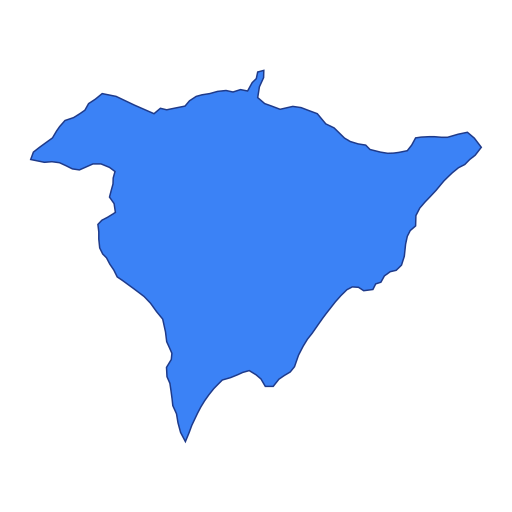 Rio das Ostras, Rio de Janeiro, Brazil
{"feature_id": "56859067B39929530851792", "entity_name": "Rio das Ostras", "entity_type": "district", "adm_level": 2, "iso_a3": "BRA", "parent_name": "Brazil", "parent_adm1": "Rio de Janeiro", "projection": "mercator", "projection_center": [-41.947, -22.471], "detail": "fine", "context": "isolated", "style": "filled", "palette": "blue", "viewbox_px": 512, "rotation_deg": 0, "n_neighbors": 0, "source": "geoboundaries", "source_scale": "gbopen_adm2", "svg_char_len": 2237}
<svg xmlns="http://www.w3.org/2000/svg" viewBox="0 0 512 512"><path d="M185.4,441.6L189.2,432.4L191.8,425.3L194.8,419.0L197.6,413.1L200.8,407.0L204.6,400.8L209.0,394.6L213.8,388.6L218.1,384.2L222.3,380.0L230.6,377.6L237.5,374.8L242.8,372.4L249.2,370.6L256.1,374.8L261.0,379.0L265.3,386.4L273.2,386.4L278.9,379.2L284.3,375.5L290.2,372.0L294.5,366.7L298.5,355.2L303.2,346.1L307.5,339.1L312.2,333.2L318.1,324.7L322.9,317.9L326.2,313.5L330.6,307.9L335.3,301.9L340.8,295.7L346.9,289.7L352.3,286.9L358.5,287.3L363.7,290.7L372.9,289.5L375.7,283.9L380.9,282.2L384.4,275.9L390.2,271.7L396.2,270.3L401.5,265.1L404.3,256.3L405.6,244.1L407.3,236.3L410.2,230.6L415.6,225.9L415.9,215.6L419.8,208.0L425.2,201.8L430.4,196.4L436.2,190.2L440.3,185.2L444.2,180.6L448.4,176.5L452.4,172.7L458.5,167.7L464.8,164.5L469.7,159.5L475.2,155.2L481.3,147.3L474.3,138.1L467.4,132.3L458.2,134.2L447.5,137.3L441.7,137.3L434.4,136.7L429.0,136.7L421.1,137.1L415.6,137.9L411.7,145.1L407.3,150.7L398.9,152.4L393.6,153.1L387.7,153.3L380.4,152.1L370.0,149.5L365.7,145.1L358.1,143.9L350.2,141.5L344.5,138.1L334.1,127.9L325.8,123.9L317.3,113.7L308.4,110.4L301.1,107.6L292.8,106.4L280.1,109.3L271.4,106.0L264.7,103.6L257.7,97.6L259.4,86.8L263.6,77.6L263.8,70.4L257.7,72.0L256.3,78.6L252.2,82.6L247.6,91.0L240.5,89.6L233.0,92.0L226.0,90.5L217.6,91.4L209.7,93.6L202.0,94.8L196.2,96.4L189.5,100.8L185.0,106.1L174.5,108.2L166.7,109.8L160.4,108.3L154.0,113.7L134.6,105.2L116.1,96.4L102.2,93.6L95.3,99.2L88.6,103.6L84.9,110.2L80.0,113.6L73.6,117.6L65.0,120.5L59.7,126.5L56.5,131.1L52.5,137.9L45.3,143.1L39.4,147.4L33.4,152.1L30.7,159.5L44.4,162.3L51.9,161.7L59.5,162.7L65.8,165.6L72.4,168.9L79.4,169.9L84.4,167.7L93.0,163.9L101.0,163.9L109.5,167.4L115.0,171.5L113.2,178.0L113.0,184.0L111.2,190.5L109.5,197.1L114.1,203.6L115.4,212.4L107.7,217.2L101.9,220.2L97.9,224.4L98.8,231.9L98.8,239.1L99.7,247.9L102.7,254.0L106.5,257.8L109.8,264.1L113.8,270.0L117.2,276.9L123.1,280.9L129.1,285.3L133.5,288.5L144.1,296.5L150.5,303.2L156.6,311.7L162.7,319.1L165.5,331.9L166.7,341.7L169.3,347.4L171.9,353.3L171.3,359.5L166.5,367.4L167.0,376.7L169.9,383.3L171.0,390.8L172.1,399.0L172.8,405.6L176.5,413.8L178.0,422.8L180.6,432.5L185.4,441.6Z" fill="#3b82f6" stroke="#1e3a8a" stroke-width="1.5"/></svg>